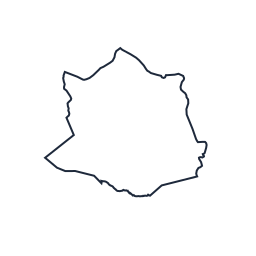 Melekeok, Melekeok, Palau, rotated 128°
{"feature_id": "81905179B96125611766208", "entity_name": "Melekeok", "entity_type": "district", "adm_level": 2, "iso_a3": "PLW", "parent_name": "Palau", "parent_adm1": "Melekeok", "projection": "natural_earth1", "projection_center": [134.606, 7.509], "detail": "fine", "context": "isolated", "style": "outline", "palette": "slate", "viewbox_px": 256, "rotation_deg": 128, "n_neighbors": 0, "source": "geoboundaries", "source_scale": "gbopen_adm2", "svg_char_len": 2957}
<svg xmlns="http://www.w3.org/2000/svg" viewBox="0 0 256 256"><g transform="rotate(128 128 128)"><path d="M187.9,114.9L187.5,115.1L187.2,115.3L186.9,115.4L186.8,115.5L186.5,115.5L186.2,115.5L185.9,116.1L185.8,115.9L185.7,115.6L185.5,115.3L185.1,114.6L184.8,114.1L184.3,113.4L184.1,112.8L183.9,112.2L183.8,111.6L183.8,111.2L183.8,110.7L183.8,110.2L183.7,109.9L183.8,109.4L183.9,109.2L184.1,108.7L184.2,108.2L184.2,107.9L184.2,107.6L184.1,107.4L184.2,107.2L184.2,106.9L184.1,106.5L184.0,106.1L183.9,105.8L183.8,105.6L183.7,105.2L183.6,104.8L183.6,104.4L183.5,104.1L183.6,103.8L183.6,103.4L183.8,103.0L183.8,102.9L183.9,102.5L183.9,102.1L184.0,102.0L184.0,101.3L184.0,100.9L184.1,100.5L184.0,100.2L184.0,99.8L184.0,99.6L184.2,99.1L184.2,98.7L184.2,98.3L184.1,97.6L183.9,97.3L183.5,96.7L183.3,96.4L183.1,96.0L182.8,95.6L182.6,95.4L182.4,95.2L182.0,94.9L181.4,94.3L181.1,94.1L180.8,93.8L180.6,93.8L180.2,93.8L179.6,93.5L179.6,93.0L179.3,92.6L179.2,92.3L179.2,92.1L179.0,91.8L178.8,91.5L178.5,91.3L178.0,90.6L178.0,89.8L177.9,89.7L177.7,89.5L177.9,89.3L178.0,89.1L178.0,88.8L178.1,88.4L178.1,88.1L178.2,87.7L178.4,87.2L178.5,86.8L178.4,86.5L178.3,86.4L178.4,86.0L178.4,85.8L178.3,85.6L178.1,85.2L177.9,85.4L177.9,85.1L178.2,82.7L177.7,82.6L177.7,82.3L177.3,81.8L177.5,81.2L177.4,80.7L177.2,80.3L177.1,80.2L176.9,79.8L176.5,79.2L175.8,78.4L175.1,77.7L174.6,76.7L174.0,76.0L173.2,75.2L172.8,74.6L172.4,74.3L172.1,74.3L171.9,73.7L171.6,73.6L171.3,73.3L171.1,73.2L170.8,73.0L170.7,72.8L170.6,72.6L170.4,72.2L170.1,71.7L169.7,71.3L169.2,71.1L169.0,70.8L168.8,70.8L168.6,70.8L168.4,70.9L168.3,71.1L168.2,71.1L168.2,70.9L168.1,70.7L168.1,70.4L168.0,70.0L167.9,69.5L167.8,69.0L152.5,66.1L124.3,44.2L123.6,43.7L123.0,44.8L121.9,46.2L119.2,47.6L116.1,47.9L114.4,46.9L112.2,46.4L111.4,47.4L109.9,49.4L108.6,52.9L107.7,53.8L106.9,53.4L106.1,52.7L105.4,51.2L103.7,50.6L103.1,51.3L103.0,52.4L102.5,53.0L101.9,52.5L100.5,52.2L95.5,54.2L93.0,55.6L91.8,57.1L91.5,58.7L93.0,60.7L96.1,64.2L95.7,65.6L94.8,67.6L89.0,76.6L81.3,90.0L77.2,93.6L71.4,95.7L68.5,98.2L67.8,100.7L66.3,102.2L65.4,104.3L65.4,106.9L65.1,109.9L63.3,111.9L58.7,113.8L55.5,113.8L54.2,114.5L53.0,116.6L54.2,121.6L57.2,124.0L62.3,129.7L62.9,130.6L65.3,130.0L66.6,130.7L67.2,132.6L66.5,134.0L68.3,138.0L70.6,143.8L70.7,146.4L71.0,148.0L70.4,150.2L69.0,154.1L67.8,161.0L67.6,164.9L68.3,171.3L69.9,180.7L69.8,183.3L72.2,183.9L74.6,184.6L77.4,183.9L80.6,182.2L84.5,181.5L87.5,182.3L94.8,185.0L97.8,186.6L100.2,186.8L107.8,187.9L112.2,189.1L115.2,190.8L117.0,192.2L117.6,193.3L118.8,199.5L122.7,212.3L125.4,211.4L126.3,211.1L127.4,210.2L128.5,209.9L130.9,207.2L132.5,204.8L135.2,203.6L136.4,202.5L136.4,199.5L138.6,192.9L139.8,190.8L141.1,190.3L144.5,190.8L145.8,190.8L148.0,188.6L149.0,186.9L151.1,185.7L151.9,184.2L152.9,183.0L154.6,182.3L156.0,182.6L157.8,182.8L157.9,182.6L166.9,166.4L202.5,175.0L203.0,159.5L200.6,151.0L194.4,143.1L186.5,125.3L187.9,114.9Z" fill="none" stroke="#1e293b" stroke-width="2"/></g></svg>